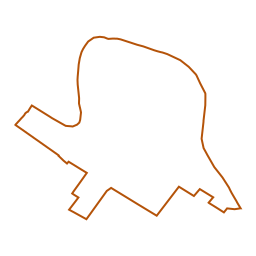 Grindu, Tulcea, Romania
{"feature_id": "2599482B48217588549451", "entity_name": "Grindu", "entity_type": "district", "adm_level": 2, "iso_a3": "ROU", "parent_name": "Romania", "parent_adm1": "Tulcea", "projection": "robinson", "projection_center": [28.213, 45.412], "detail": "fine", "context": "isolated", "style": "outline", "palette": "amber", "viewbox_px": 256, "rotation_deg": 0, "n_neighbors": 0, "source": "geoboundaries", "source_scale": "gbopen_adm2", "svg_char_len": 2118}
<svg xmlns="http://www.w3.org/2000/svg" viewBox="0 0 256 256"><path d="M104.1,37.3L100.4,36.9L100.0,36.8L93.7,37.7L88.2,41.5L85.7,44.9L84.8,46.2L83.0,49.1L81.5,52.2L79.8,58.1L78.7,64.5L78.1,71.9L77.7,76.4L77.5,79.9L77.7,84.6L79.1,98.0L79.1,99.5L79.0,103.4L79.1,104.0L79.6,106.1L79.6,106.3L79.9,107.3L80.0,107.8L80.6,110.5L81.0,112.4L80.3,118.7L80.2,119.5L80.1,120.1L79.3,122.6L77.0,124.7L72.7,126.5L71.1,126.3L67.2,126.0L66.3,125.9L66.1,125.9L65.8,125.9L63.8,124.8L63.5,124.6L62.4,124.0L57.3,121.1L57.0,120.9L56.7,120.8L55.9,120.3L53.9,119.2L53.4,118.9L52.5,118.4L52.3,118.3L49.7,116.6L33.8,106.7L31.8,105.5L29.9,108.4L27.9,111.7L27.7,111.7L27.4,111.8L27.1,112.0L26.7,112.2L26.4,112.4L26.1,112.7L25.9,112.8L25.7,113.0L25.3,113.3L25.2,113.5L24.8,114.1L24.6,114.5L24.2,115.2L23.9,115.5L23.6,115.8L23.5,116.0L23.3,116.2L22.9,116.7L22.6,117.0L22.4,117.2L22.2,117.4L21.4,118.2L20.6,119.1L19.9,119.9L19.1,120.8L18.3,121.6L17.6,122.4L16.8,123.3L16.0,124.1L15.4,124.9L15.5,125.0L20.1,128.2L58.6,155.3L58.8,155.6L58.6,155.9L63.6,160.7L67.0,163.5L68.6,161.7L81.1,169.4L86.8,172.9L80.2,182.2L73.5,191.5L72.2,193.5L73.8,194.6L78.4,197.5L75.7,201.1L69.1,209.7L72.4,211.5L73.0,211.8L86.4,219.2L89.6,214.8L101.2,198.7L106.8,190.9L109.0,189.4L111.1,187.9L113.7,189.5L125.5,196.7L137.4,204.0L156.7,215.7L172.1,195.6L178.9,186.7L193.9,196.0L199.8,189.1L213.2,197.3L208.6,202.7L208.7,202.8L209.6,203.4L217.5,208.3L223.9,212.4L227.1,208.4L234.6,209.2L238.7,208.6L240.3,208.3L240.6,208.3L237.6,203.3L237.5,203.1L237.2,202.6L236.3,200.9L235.0,198.7L234.7,198.2L231.6,192.9L229.8,189.4L229.6,188.9L229.4,188.5L229.0,187.6L222.5,177.5L220.7,175.2L214.3,167.1L207.2,154.7L207.0,154.3L203.6,148.1L201.6,138.8L203.5,121.8L203.5,121.4L203.5,120.8L203.6,120.0L205.3,105.2L205.3,104.6L205.4,98.0L205.4,94.4L205.3,93.3L200.2,83.4L196.5,75.4L195.7,74.2L195.3,73.8L188.7,66.8L180.3,60.2L167.3,54.1L163.1,52.7L162.1,52.4L161.0,52.2L157.6,51.3L154.3,50.3L143.3,46.4L137.3,44.8L133.6,43.6L130.3,42.5L129.0,42.1L120.7,39.4L117.3,38.7L113.8,38.6L112.6,38.6L108.3,38.9L106.8,38.4L105.4,37.8L104.1,37.3Z" fill="none" stroke="#b45309" stroke-width="2"/></svg>